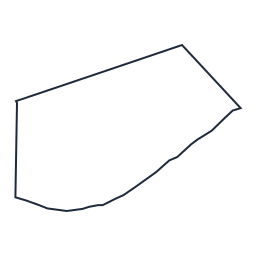 the district of Georgeville, Castries, Saint Lucia
{"feature_id": "8701671B52064180240109", "entity_name": "Georgeville", "entity_type": "district", "adm_level": 2, "iso_a3": "LCA", "parent_name": "Saint Lucia", "parent_adm1": "Castries", "projection": "robinson", "projection_center": [-60.984, 14.013], "detail": "fine", "context": "isolated", "style": "outline", "palette": "slate", "viewbox_px": 256, "rotation_deg": 0, "n_neighbors": 0, "source": "geoboundaries", "source_scale": "gbopen_adm2", "svg_char_len": 436}
<svg xmlns="http://www.w3.org/2000/svg" viewBox="0 0 256 256"><path d="M77.1,80.5L16.0,101.1L17.0,103.0L15.4,197.3L26.2,200.5L39.0,205.1L47.4,208.4L66.8,211.0L82.5,208.9L89.1,206.8L98.3,205.1L102.7,205.1L116.2,198.4L123.5,195.1L136.3,186.3L156.1,172.1L169.3,160.4L177.3,157.0L190.9,144.5L197.5,139.5L211.7,130.7L224.5,118.2L228.2,114.8L232.6,110.6L240.6,108.1L182.0,45.0L77.1,80.5Z" fill="none" stroke="#1e293b" stroke-width="2"/></svg>